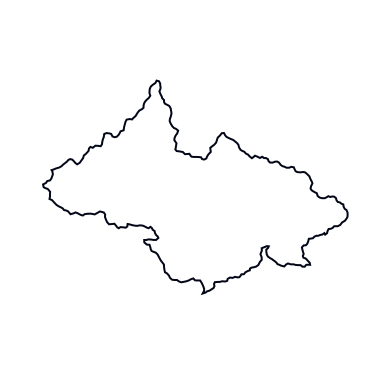 Sabinópolis, Minas Gerais, Brazil (orthographic projection), rotated 245°
{"feature_id": "56859067B20654239248752", "entity_name": "Sabinópolis", "entity_type": "district", "adm_level": 2, "iso_a3": "BRA", "parent_name": "Brazil", "parent_adm1": "Minas Gerais", "projection": "orthographic", "projection_center": [-43.061, -18.65], "detail": "fine", "context": "isolated", "style": "outline", "palette": "ink", "viewbox_px": 384, "rotation_deg": 245, "n_neighbors": 0, "source": "geoboundaries", "source_scale": "gbopen_adm2", "svg_char_len": 5169}
<svg xmlns="http://www.w3.org/2000/svg" viewBox="0 0 384 384"><g transform="rotate(245 192 192)"><path d="M76.1,268.3L78.1,268.8L80.7,267.9L83.6,267.0L85.4,265.2L87.2,265.4L88.6,267.0L91.3,267.4L93.2,267.7L95.4,268.2L96.4,270.6L95.6,272.8L96.6,274.9L98.4,276.7L100.2,278.1L99.5,280.2L99.0,282.1L99.8,284.0L99.8,286.2L99.0,287.8L98.9,289.9L98.4,292.2L98.8,294.6L97.1,294.7L97.6,297.0L99.6,298.6L100.7,300.2L100.0,302.3L100.0,304.2L100.9,306.4L99.4,309.6L99.5,312.4L101.0,315.2L101.3,318.4L102.6,320.9L103.9,322.5L105.6,323.4L107.7,324.3L110.3,324.4L112.2,323.3L114.7,323.2L116.8,323.9L118.2,322.5L120.1,321.6L121.4,319.9L123.3,319.5L125.7,319.9L127.8,318.8L128.7,317.1L129.1,315.1L130.6,313.8L130.3,311.8L130.3,309.6L131.5,307.1L133.1,305.3L135.3,304.2L138.1,304.6L139.9,303.2L141.6,302.0L143.1,301.1L145.0,300.9L147.0,302.4L148.9,304.8L151.1,305.0L153.2,304.8L156.6,305.0L158.8,304.2L160.6,303.5L162.2,302.6L163.2,301.1L164.0,298.5L165.6,295.8L167.1,294.7L169.0,294.6L171.4,294.7L172.9,292.5L172.9,290.5L174.0,288.0L176.0,286.3L177.2,284.9L179.2,283.8L181.8,283.3L183.5,282.2L184.4,280.1L184.6,277.3L185.8,275.1L187.8,274.4L189.6,274.7L191.4,273.5L192.3,271.6L194.3,270.5L194.1,268.0L196.5,266.1L198.3,264.4L197.7,262.5L197.3,260.6L199.8,259.3L202.2,258.6L204.0,257.1L206.4,256.4L208.0,254.9L209.8,253.8L212.3,253.5L215.4,254.0L217.8,253.3L219.4,252.5L221.7,251.4L224.0,249.3L225.6,247.9L227.5,246.5L229.5,246.0L232.0,245.9L232.7,243.8L231.4,241.3L230.4,238.3L228.4,236.4L226.6,234.8L225.4,232.0L224.9,229.5L224.3,227.2L222.5,226.6L220.4,226.0L219.3,223.1L218.0,220.9L216.3,219.1L216.3,216.7L217.5,215.1L219.7,214.8L221.2,212.2L222.4,209.8L223.2,208.1L224.3,206.4L226.0,206.0L227.7,205.8L228.4,203.8L229.3,201.6L232.1,200.6L234.1,197.8L235.6,195.4L237.6,194.9L239.0,196.0L241.1,197.4L242.7,198.5L244.7,198.2L246.5,197.9L248.3,199.0L250.1,201.0L251.3,203.3L253.5,205.4L256.1,204.1L257.5,202.8L259.5,202.0L261.9,201.7L263.7,201.6L265.6,201.7L267.5,202.8L269.5,204.8L272.0,206.7L274.5,207.4L276.8,208.0L279.4,207.8L281.1,206.7L283.1,205.0L285.0,204.6L287.2,205.5L289.5,204.6L291.3,204.9L294.1,204.8L297.0,205.0L298.4,206.6L299.9,207.7L301.8,208.2L303.8,209.0L306.3,208.9L307.9,207.0L306.2,204.8L305.7,201.6L305.0,199.3L303.3,197.3L301.1,196.0L299.5,195.2L296.9,194.9L295.5,192.6L294.6,189.5L293.6,187.4L292.5,186.0L290.9,184.7L288.8,183.6L288.2,181.7L288.1,178.8L287.1,176.6L286.1,175.1L284.6,172.8L283.9,170.2L283.1,168.3L284.5,166.3L285.2,163.3L283.8,161.5L281.7,159.7L279.4,157.8L276.8,156.1L277.2,152.9L275.9,151.3L274.7,149.5L273.9,147.1L274.3,145.1L276.0,143.4L278.8,143.3L280.2,141.6L281.5,139.5L281.7,137.0L279.0,135.2L277.1,133.2L275.2,131.8L273.2,130.5L272.1,128.6L273.4,126.6L274.8,124.0L274.0,120.8L275.8,119.0L275.0,117.1L272.9,115.5L271.4,111.9L270.8,109.4L268.8,107.7L267.2,104.9L265.9,102.5L265.6,99.6L267.7,98.5L270.0,97.9L271.9,97.2L273.3,95.5L273.3,93.5L272.4,91.5L271.8,89.1L271.3,86.7L270.5,84.6L270.3,82.0L270.8,78.9L270.9,76.0L271.2,74.0L269.3,74.1L266.7,73.3L264.8,71.4L263.6,70.2L262.5,68.1L263.1,65.5L261.9,63.4L261.8,60.2L259.1,59.6L257.5,60.7L255.8,62.5L254.1,63.0L252.1,63.5L250.0,62.3L247.9,61.4L245.9,59.9L243.8,61.7L241.0,62.6L237.7,63.7L235.4,65.1L233.5,66.7L231.8,67.9L229.7,68.4L228.3,70.3L227.0,71.4L225.1,72.0L223.2,72.5L222.7,75.6L222.7,77.8L221.4,79.1L219.6,80.5L218.0,81.7L216.8,83.2L217.3,85.2L216.5,88.0L215.2,91.0L213.8,93.0L212.8,94.4L213.0,97.0L213.3,100.3L211.9,102.0L210.7,103.4L208.3,103.8L206.2,102.6L204.1,102.4L200.7,102.3L197.8,103.2L196.8,105.9L196.0,108.3L193.7,108.9L191.6,109.3L190.1,110.3L190.4,112.3L189.1,114.7L187.7,116.8L188.1,118.8L190.2,120.1L189.2,121.6L188.0,122.9L186.8,124.4L185.5,126.2L184.4,128.2L184.0,130.1L183.1,132.0L182.1,133.4L180.6,134.7L178.7,136.1L177.5,137.4L178.0,139.6L176.4,140.4L174.4,140.4L172.5,141.6L170.3,141.1L168.1,141.3L166.3,142.1L164.6,142.1L163.7,139.2L164.9,136.7L166.5,134.4L167.6,132.1L167.8,130.2L168.7,128.4L166.6,127.5L165.0,128.1L163.4,128.9L162.1,131.2L159.6,130.9L157.4,130.4L155.6,130.5L154.3,131.6L152.3,133.6L149.9,134.4L147.9,134.5L146.0,134.6L142.9,134.8L140.4,135.4L138.1,135.9L136.1,135.1L134.2,134.4L130.7,133.6L128.7,135.0L125.9,135.8L123.4,135.8L121.0,136.8L119.6,139.0L118.6,141.2L116.6,142.3L114.7,144.1L114.2,146.1L113.5,148.9L113.2,151.8L113.4,154.2L113.1,156.7L110.8,157.3L109.7,159.1L108.4,162.0L105.3,162.4L102.2,162.4L99.2,162.1L97.3,161.2L95.5,158.8L95.1,161.8L95.6,163.6L95.2,166.1L95.5,168.3L95.8,170.8L97.2,172.6L99.2,173.0L100.6,174.5L99.7,177.1L98.8,179.1L98.3,181.8L96.9,184.1L96.6,186.4L98.2,187.6L98.4,190.3L97.0,192.4L96.9,195.2L95.4,197.1L94.8,198.9L95.5,200.5L96.5,202.0L95.6,204.3L96.7,206.7L96.8,209.3L96.6,211.3L98.1,212.2L98.3,214.1L97.7,216.0L97.3,218.5L97.8,221.3L100.0,224.1L101.1,226.6L103.7,227.6L106.8,227.8L108.1,229.2L109.4,230.6L111.6,231.4L111.4,234.6L111.3,237.0L110.3,238.6L109.0,237.0L108.4,235.0L106.4,234.1L103.8,233.4L101.5,233.5L99.3,234.7L97.2,236.2L95.6,237.0L94.1,237.9L92.2,238.7L90.5,239.0L89.2,240.3L87.5,241.7L85.5,244.2L86.5,246.5L86.7,248.7L84.6,251.1L83.7,253.2L82.2,255.0L80.9,257.2L79.8,259.5L77.6,260.6L76.7,262.5L77.7,264.7L77.0,266.5L76.1,268.3Z" fill="none" stroke="#020617" stroke-width="2"/></g></svg>